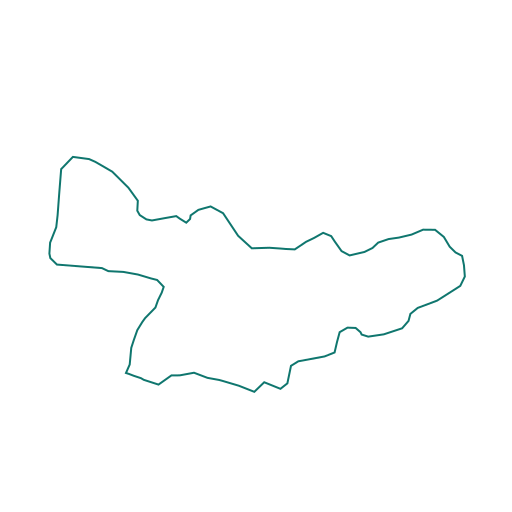 the district of Meme, Sud-Ouest, Cameroon, rotated 78°
{"feature_id": "32672807B73139620026087", "entity_name": "Meme", "entity_type": "district", "adm_level": 2, "iso_a3": "CMR", "parent_name": "Cameroon", "parent_adm1": "Sud-Ouest", "projection": "mercator", "projection_center": [9.319, 4.685], "detail": "fine", "context": "isolated", "style": "outline", "palette": "teal", "viewbox_px": 512, "rotation_deg": 78, "n_neighbors": 0, "source": "geoboundaries", "source_scale": "gbopen_adm2", "svg_char_len": 1486}
<svg xmlns="http://www.w3.org/2000/svg" viewBox="0 0 512 512"><g transform="rotate(78 256 256)"><path d="M388.5,285.9L381.2,274.2L391.0,259.7L387.1,251.8L370.7,244.6L367.8,236.5L368.5,209.8L366.7,199.2L356.9,194.6L347.9,190.0L345.1,181.4L347.1,173.5L352.3,169.6L354.8,169.0L358.2,163.0L359.2,147.3L357.1,128.1L351.2,120.3L344.7,117.0L340.4,108.6L337.3,88.1L327.7,62.4L319.5,56.0L308.3,54.5L298.7,54.4L294.0,60.1L287.2,64.6L276.4,68.3L267.6,75.4L265.0,87.1L267.4,99.4L267.7,112.4L267.0,122.8L268.3,133.7L272.4,140.4L274.6,149.1L274.7,154.8L274.9,164.3L269.0,171.3L258.1,176.0L252.2,178.3L247.3,185.5L250.4,195.4L251.3,199.0L252.5,204.0L257.6,216.7L255.3,225.5L253.9,230.1L250.7,241.3L247.6,258.5L232.5,269.3L207.3,279.3L198.1,290.1L198.5,296.8L198.9,302.8L202.7,311.5L206.1,312.8L208.9,317.3L203.5,322.9L200.4,325.7L200.0,337.0L199.6,350.4L197.4,355.6L191.8,361.2L187.0,362.7L177.4,360.1L162.7,366.6L157.8,369.8L143.6,379.1L130.5,393.6L126.5,399.1L121.0,414.5L130.5,428.5L154.0,435.5L174.9,441.6L186.3,445.4L197.9,453.1L200.1,454.6L210.7,457.6L215.3,457.6L223.0,452.5L235.8,409.2L240.1,403.6L244.0,389.0L249.6,375.3L256.1,363.4L258.9,357.7L267.0,352.7L272.2,355.8L278.8,361.0L285.5,365.1L293.7,377.4L296.9,380.9L303.8,387.5L312.8,393.0L319.9,397.1L335.9,402.1L343.4,407.5L345.0,404.7L347.8,400.4L351.6,393.9L353.8,391.5L361.5,378.1L355.2,363.5L356.9,355.4L357.3,340.9L365.1,328.8L369.6,317.8L371.2,314.7L379.3,299.8L388.5,285.9Z" fill="none" stroke="#0f766e" stroke-width="2"/></g></svg>